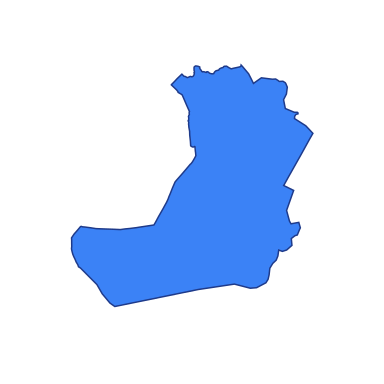 Koro, Mopti, Mali, rotated 156°
{"feature_id": "8926073B21763479745041", "entity_name": "Koro", "entity_type": "district", "adm_level": 2, "iso_a3": "MLI", "parent_name": "Mali", "parent_adm1": "Mopti", "projection": "albers", "projection_center": [-2.891, 14.217], "detail": "fine", "context": "isolated", "style": "filled", "palette": "blue", "viewbox_px": 384, "rotation_deg": 156, "n_neighbors": 0, "source": "geoboundaries", "source_scale": "gbopen_adm2", "svg_char_len": 3281}
<svg xmlns="http://www.w3.org/2000/svg" viewBox="0 0 384 384"><g transform="rotate(156 192 192)"><path d="M57.7,196.4L61.1,206.2L68.5,217.4L67.3,219.5L65.5,220.6L63.4,220.3L63.0,221.1L63.4,222.0L66.2,223.3L72.8,230.3L70.8,239.1L65.9,243.1L62.3,249.0L62.2,252.9L62.4,254.0L63.9,256.2L67.3,257.5L68.1,259.0L69.6,261.2L72.6,262.3L82.2,268.1L85.2,267.5L91.7,266.2L91.9,271.4L92.2,277.0L94.8,286.0L95.5,288.0L95.9,287.4L96.5,286.9L97.6,286.9L101.0,287.6L103.3,288.1L104.3,288.3L105.8,288.5L106.1,288.6L107.6,290.4L107.9,290.8L108.8,292.3L109.4,293.0L109.9,293.2L110.5,293.3L110.8,293.5L111.0,293.6L111.6,293.7L112.1,293.6L113.0,293.1L114.8,293.4L115.7,293.4L116.8,293.3L117.6,292.8L118.2,292.5L118.7,292.7L119.7,292.8L120.7,293.0L122.2,292.6L123.4,291.9L124.0,291.3L125.2,291.6L126.4,292.3L126.8,292.7L127.5,293.2L127.9,293.9L128.2,294.8L129.0,295.6L129.7,295.8L130.1,295.4L130.8,295.7L131.5,296.5L132.1,296.9L132.5,297.1L133.0,297.5L133.5,297.5L134.1,298.2L134.1,299.0L134.3,300.2L134.6,301.4L134.6,302.0L134.3,302.5L134.2,302.6L134.1,303.2L134.6,303.6L135.1,304.2L136.5,305.2L137.5,305.7L138.9,305.5L139.7,304.6L140.2,303.2L140.6,302.6L140.6,301.9L141.0,300.5L141.7,300.1L141.7,299.2L142.5,298.2L143.8,297.3L144.4,297.2L145.1,297.3L145.6,297.5L146.1,298.0L146.6,298.3L147.5,298.3L147.9,298.3L148.8,298.3L149.6,298.4L149.9,298.5L150.4,299.2L150.9,300.0L151.6,300.6L152.2,300.9L152.7,302.1L152.9,302.7L153.0,303.1L153.1,303.5L153.4,303.8L155.0,303.2L158.9,301.8L159.7,301.5L162.7,300.2L166.5,298.7L167.0,298.6L167.2,298.4L167.3,298.3L166.7,296.8L164.5,291.4L164.2,290.1L164.0,289.4L164.2,288.6L163.8,288.1L162.2,285.9L161.6,285.0L161.5,284.3L161.5,281.5L161.6,273.3L161.6,270.9L161.6,268.5L161.6,267.1L161.5,266.7L162.0,266.2L162.5,265.3L162.6,265.0L162.7,264.4L162.9,263.9L163.7,263.3L164.6,262.3L164.8,261.2L165.3,260.1L165.7,259.5L165.9,258.8L166.6,258.6L166.6,257.5L166.8,256.6L167.5,255.5L167.9,254.1L168.5,252.5L169.5,248.4L170.9,245.0L172.8,239.1L174.4,234.8L174.4,234.6L173.6,233.4L173.3,233.0L172.6,232.6L172.3,232.5L171.7,232.5L171.1,232.5L170.9,232.2L171.1,231.6L172.5,227.4L172.7,226.6L173.6,224.0L173.7,223.6L175.3,222.3L177.6,220.6L179.6,219.2L181.3,218.3L182.4,218.0L190.7,214.0L194.7,212.1L201.5,209.0L203.3,208.1L204.2,207.3L207.8,204.0L212.5,199.4L215.2,196.9L216.6,195.4L218.3,193.9L219.6,192.8L221.6,191.3L225.4,188.4L227.3,187.0L232.5,183.2L237.9,179.0L239.2,178.1L239.8,177.6L240.2,177.4L241.1,177.6L254.8,181.4L257.5,182.1L263.7,184.0L268.2,185.5L272.7,186.8L278.9,189.9L290.6,195.6L294.6,197.6L299.4,200.7L301.7,202.1L303.8,203.4L306.3,204.8L306.6,205.1L307.0,205.5L307.4,205.7L308.0,205.7L308.4,205.5L311.9,203.8L316.7,201.6L320.7,199.1L321.5,197.0L322.9,193.8L324.0,191.2L325.2,189.1L325.8,186.3L326.2,183.7L326.3,181.0L326.2,177.8L326.3,175.2L325.9,172.0L326.1,169.8L324.9,168.1L316.5,146.1L315.4,135.4L312.1,123.8L309.1,118.8L226.0,100.4L190.7,90.6L184.8,85.9L177.9,80.4L171.9,78.3L161.4,79.0L158.0,81.3L155.3,84.9L151.9,90.7L147.3,93.9L142.8,95.5L139.5,98.7L136.4,103.7L133.6,101.0L129.1,100.5L122.4,102.6L120.2,109.1L115.7,110.2L113.3,109.9L111.4,111.7L109.1,113.9L107.6,115.2L106.8,120.8L114.5,122.7L114.8,125.7L113.1,136.7L98.5,152.1L105.6,160.6L97.8,166.5L76.9,182.0L62.9,192.6L57.7,196.4Z" fill="#3b82f6" stroke="#1e3a8a" stroke-width="1.5"/></g></svg>